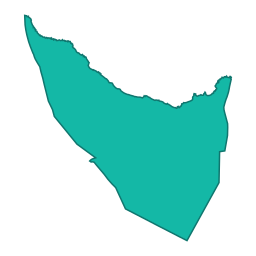 outline of Vaisigano West, Vaisigano, Samoa
{"feature_id": "51752279B83284410514886", "entity_name": "Vaisigano West", "entity_type": "district", "adm_level": 2, "iso_a3": "WSM", "parent_name": "Samoa", "parent_adm1": "Vaisigano", "projection": "natural_earth1", "projection_center": [-172.718, -13.526], "detail": "fine", "context": "isolated", "style": "filled", "palette": "teal", "viewbox_px": 256, "rotation_deg": 0, "n_neighbors": 0, "source": "geoboundaries", "source_scale": "gbopen_adm2", "svg_char_len": 3323}
<svg xmlns="http://www.w3.org/2000/svg" viewBox="0 0 256 256"><path d="M231.2,79.2L230.7,78.5L231.3,77.5L230.7,76.7L230.1,77.4L229.8,76.8L229.2,77.6L227.5,77.3L226.9,76.9L226.6,76.2L225.9,77.1L225.2,76.6L224.3,76.8L223.4,77.9L222.1,77.3L221.9,78.0L221.1,78.4L220.7,79.1L220.1,79.0L219.9,79.9L219.1,79.9L218.2,80.5L218.1,81.5L218.8,81.8L218.6,82.4L217.8,81.5L217.4,83.0L216.5,83.5L215.9,85.0L215.2,85.8L215.3,86.6L216.7,88.2L216.6,89.0L215.7,89.8L215.7,90.3L214.9,91.3L214.4,91.0L213.4,92.4L213.6,93.0L213.2,93.4L212.2,93.5L211.8,94.1L210.7,95.0L209.2,95.5L207.4,95.6L206.2,94.9L205.7,94.1L205.6,93.0L205.0,92.2L204.5,93.3L203.9,93.6L203.4,95.1L202.7,95.3L201.8,95.2L200.9,94.7L200.1,95.3L199.1,95.4L197.4,96.2L196.7,96.0L195.7,95.2L195.7,94.0L194.1,93.6L193.8,94.3L194.0,95.1L193.6,96.0L192.8,96.9L192.6,97.7L192.7,99.1L191.9,100.3L190.0,101.2L187.9,101.9L186.2,102.6L184.3,102.8L183.7,102.6L182.8,103.7L181.7,103.9L181.6,104.9L181.2,106.0L180.2,106.3L179.6,107.6L178.9,107.6L178.2,106.4L177.3,106.9L177.0,108.1L176.3,108.3L175.4,107.6L174.1,107.6L171.9,106.6L170.2,105.3L169.4,105.0L168.7,104.3L167.9,104.2L167.3,103.5L166.4,104.2L163.9,103.1L163.5,102.4L162.0,101.6L160.5,101.2L160.1,101.3L158.9,100.7L158.8,100.2L157.9,100.5L157.3,100.2L155.8,100.0L155.0,100.4L151.8,99.0L150.2,98.0L149.7,97.4L148.7,97.3L147.4,96.3L146.5,95.9L145.8,95.7L145.1,96.5L144.2,95.8L143.8,96.7L142.5,97.9L140.3,97.2L137.6,97.1L135.5,96.6L134.6,96.7L133.9,96.2L130.2,95.2L128.6,94.6L127.2,94.4L124.4,93.2L122.9,92.3L120.8,90.7L120.3,89.5L119.1,88.9L117.3,88.8L115.5,87.7L113.5,85.5L112.3,83.2L111.2,82.9L109.2,82.7L108.0,80.6L106.5,78.9L105.4,78.5L104.9,78.0L100.8,74.8L100.8,74.0L100.2,74.2L99.9,72.9L98.6,72.7L98.5,71.9L97.3,72.2L96.3,71.2L93.4,69.8L93.1,70.2L92.5,69.7L90.0,68.5L88.9,67.0L88.2,65.5L89.1,62.6L88.3,61.9L88.3,61.5L86.5,58.9L86.0,57.2L85.5,56.9L84.7,57.2L84.1,56.0L83.4,56.4L83.3,55.6L82.3,54.5L81.6,55.1L80.1,54.4L78.7,52.9L78.0,52.9L76.9,52.3L76.3,51.5L75.6,49.9L74.2,48.3L73.5,48.1L72.5,46.8L73.0,46.0L72.5,44.1L72.1,44.2L71.6,43.2L70.8,43.3L70.2,41.5L68.9,41.4L68.0,41.7L68.0,40.9L65.6,41.3L65.3,40.8L64.7,41.0L64.3,40.4L62.7,40.5L62.4,39.8L61.8,40.4L60.3,40.6L59.2,39.9L58.1,40.5L56.5,40.5L56.4,39.9L54.8,39.6L54.7,39.2L53.6,39.8L53.4,38.9L52.1,39.2L51.6,38.1L51.1,38.8L50.6,38.1L50.1,38.5L49.4,38.0L48.1,37.9L47.7,38.3L46.7,37.5L45.9,38.1L44.9,37.7L44.7,37.1L43.5,37.2L42.8,37.0L41.7,35.9L41.0,36.2L40.2,35.8L40.1,35.1L39.5,35.2L38.9,34.4L37.3,32.8L36.9,31.4L35.4,30.8L35.8,29.7L34.7,29.0L34.9,28.5L34.0,27.4L33.4,27.6L33.4,26.3L32.7,25.6L31.8,23.6L30.9,20.9L31.3,20.3L30.8,18.9L29.6,17.8L28.5,17.2L28.4,16.3L27.1,16.7L26.7,15.8L24.7,15.4L25.1,24.8L25.8,29.8L26.8,34.7L27.4,37.0L28.7,41.8L30.3,46.4L32.9,53.0L33.6,54.3L34.4,57.0L35.4,59.3L37.4,62.8L39.8,66.7L41.0,71.9L42.8,78.2L44.2,84.3L48.4,101.1L52.5,109.6L54.3,116.4L59.7,123.0L77.0,144.2L78.7,145.4L95.6,157.8L92.0,159.1L90.7,160.0L89.7,161.0L91.1,162.0L92.4,161.8L94.1,162.2L96.6,165.3L104.2,174.3L108.1,179.5L112.1,184.0L115.7,187.6L125.5,208.9L135.4,214.0L156.2,224.8L158.9,226.2L170.8,232.3L179.7,236.9L187.0,240.6L219.0,182.6L219.6,151.7L224.8,150.9L227.5,135.5L227.7,127.4L227.6,123.7L224.6,112.4L224.0,109.8L223.8,107.1L224.9,102.9L226.0,99.4L227.0,96.9L228.4,92.4L229.1,89.2L229.6,86.3L231.2,79.2Z" fill="#14b8a6" stroke="#0f766e" stroke-width="1.5"/></svg>